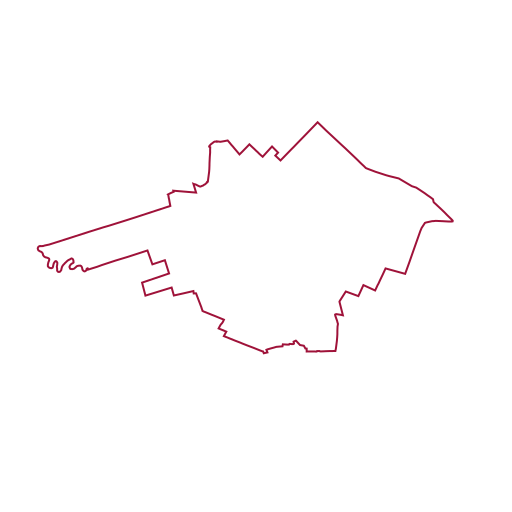 Agris, Satu Mare, Romania, rotated 243°
{"feature_id": "2599482B4791567573322", "entity_name": "Agris", "entity_type": "district", "adm_level": 2, "iso_a3": "ROU", "parent_name": "Romania", "parent_adm1": "Satu Mare", "projection": "mercator", "projection_center": [23.018, 47.884], "detail": "fine", "context": "isolated", "style": "outline", "palette": "rose", "viewbox_px": 512, "rotation_deg": 243, "n_neighbors": 0, "source": "geoboundaries", "source_scale": "gbopen_adm2", "svg_char_len": 5248}
<svg xmlns="http://www.w3.org/2000/svg" viewBox="0 0 512 512"><g transform="rotate(243 256 256)"><path d="M375.9,273.2L375.6,273.0L375.8,272.6L376.5,271.7L376.7,271.0L376.7,270.1L376.5,269.1L376.0,266.4L375.4,264.9L375.2,264.4L375.0,264.1L374.7,263.9L374.3,264.1L373.7,264.6L371.4,263.3L369.0,262.1L365.4,259.9L359.8,256.7L357.9,255.7L354.5,253.8L352.2,252.4L344.2,246.9L344.3,246.6L344.3,246.2L344.1,245.9L343.7,245.8L343.6,245.2L343.3,244.3L343.0,243.2L343.0,241.8L342.9,241.3L342.8,240.8L342.9,240.0L343.0,239.5L343.0,238.9L343.1,238.0L343.5,237.4L344.4,236.7L345.4,235.9L346.2,235.4L347.1,234.7L347.5,234.3L347.9,233.7L348.7,233.0L339.7,231.4L351.7,212.0L350.6,211.8L350.8,208.4L350.8,206.0L350.8,205.5L350.4,205.6L349.4,205.3L347.2,204.6L345.9,204.3L343.7,203.6L339.5,202.4L342.3,184.5L345.1,166.6L347.1,154.4L349.8,138.4L350.8,133.3L353.4,118.0L356.4,99.4L360.1,76.9L361.3,72.4L361.6,70.5L361.9,70.2L362.1,69.5L362.3,69.1L362.5,68.8L362.7,68.6L362.7,68.2L363.1,67.6L363.0,66.5L362.7,65.8L361.9,65.0L360.8,64.7L359.8,64.7L358.4,65.5L357.8,66.0L357.1,66.6L356.1,67.0L355.0,67.1L354.3,66.9L353.5,66.7L352.6,66.8L352.1,66.9L351.5,67.1L350.4,67.8L349.9,68.5L348.7,69.7L347.6,70.4L346.9,70.3L346.0,69.7L344.7,68.2L344.1,67.7L343.4,67.1L342.6,66.5L341.3,65.9L340.3,66.1L339.8,66.3L339.3,66.6L339.0,66.9L338.7,67.2L338.3,67.7L338.0,68.2L338.0,68.7L337.9,69.1L338.0,69.4L338.0,69.6L338.4,70.0L338.8,70.4L339.3,70.8L339.8,71.2L340.5,71.8L341.3,72.5L341.6,73.1L342.0,73.7L342.2,74.2L342.4,74.6L342.3,75.4L342.2,75.5L341.4,75.9L340.1,75.9L339.1,75.3L337.5,74.2L336.9,73.7L336.1,73.4L335.3,73.2L334.3,72.7L333.3,72.2L332.6,72.2L331.9,72.4L331.5,72.8L331.2,73.2L331.1,73.7L331.0,74.2L331.2,74.7L331.5,75.3L331.9,76.1L332.7,76.7L333.4,77.3L333.8,77.7L334.2,78.0L334.6,78.6L335.0,79.1L335.4,79.9L335.7,80.6L336.0,81.6L336.4,82.5L336.6,83.3L336.8,84.0L337.1,84.9L337.3,85.6L337.4,86.3L337.6,87.2L337.5,87.7L337.4,88.2L337.5,88.6L337.5,89.0L337.6,89.4L337.6,89.7L337.6,90.5L337.1,91.0L336.2,91.4L335.0,91.3L334.2,90.9L333.3,90.7L332.9,90.2L332.8,89.6L332.8,88.6L332.8,88.3L332.7,87.6L332.3,86.5L332.0,86.2L331.8,85.9L331.7,85.6L331.5,85.3L331.2,85.0L330.8,84.8L330.4,84.7L329.8,84.7L329.1,84.6L328.5,85.0L328.1,85.7L327.7,86.4L327.5,87.0L327.4,87.7L327.3,88.5L327.7,89.6L327.8,90.4L328.2,91.3L328.2,92.2L327.9,93.5L327.2,95.1L326.3,95.7L325.2,95.8L324.0,95.6L323.2,95.3L322.1,95.2L321.6,95.4L321.1,95.5L320.6,95.8L320.2,96.1L320.1,96.5L320.0,96.9L320.0,97.3L320.1,97.6L320.4,98.6L320.6,98.6L321.3,99.1L321.5,99.8L321.5,100.3L321.3,100.5L320.1,100.3L318.5,109.6L317.9,114.6L315.7,128.8L313.4,141.6L310.2,161.8L295.6,159.9L293.6,172.9L279.9,170.6L284.0,142.4L270.9,139.5L266.2,166.5L258.1,164.9L255.6,174.6L253.2,184.3L250.9,183.5L250.0,185.6L249.7,185.6L245.2,185.1L234.8,184.0L234.5,183.9L231.7,183.5L231.4,183.4L230.4,184.1L230.0,184.4L229.4,185.0L228.6,185.7L223.6,190.0L221.6,191.8L213.8,198.5L213.0,197.5L212.2,196.4L211.5,195.1L210.9,193.4L210.4,192.7L209.7,191.6L208.4,189.8L202.1,195.2L199.2,191.0L189.9,199.1L185.9,202.7L184.1,204.2L180.6,207.3L175.1,212.3L169.7,217.0L168.3,218.3L167.7,219.0L165.8,218.8L164.9,222.4L167.7,222.7L167.6,223.6L167.5,224.4L167.3,225.3L166.9,227.4L166.3,230.2L165.8,232.9L165.2,234.4L164.6,235.9L163.5,238.6L165.1,239.8L162.7,243.9L162.1,245.2L162.4,245.6L162.4,246.1L161.8,247.1L161.1,248.1L160.9,248.7L160.6,249.3L160.6,249.6L160.6,249.9L160.7,250.1L162.6,250.6L162.5,253.1L162.4,253.2L159.5,254.0L156.7,254.8L154.3,257.9L151.2,258.0L150.5,259.1L147.9,257.8L145.7,262.2L143.4,266.6L143.6,266.8L143.6,267.2L142.4,269.5L141.9,269.8L141.1,271.4L138.7,276.7L136.8,280.6L135.3,283.6L137.3,285.2L143.6,289.5L146.5,291.3L149.4,293.0L152.7,294.7L156.1,296.6L158.3,298.2L159.4,298.4L160.1,298.5L161.2,298.8L162.7,299.0L163.6,299.1L164.9,299.3L166.1,299.4L166.2,299.5L167.4,299.7L167.9,299.9L167.9,300.1L167.9,300.5L167.8,301.0L167.6,301.4L166.3,303.2L164.6,305.5L164.1,306.0L163.7,306.5L177.4,309.6L177.9,310.2L183.6,319.9L173.8,329.0L181.3,338.5L171.2,346.5L174.8,351.1L175.8,352.6L178.1,355.5L182.0,360.6L184.3,363.5L185.4,364.9L186.1,365.8L172.4,380.8L181.2,390.2L188.1,397.4L203.6,413.7L205.8,416.3L208.6,421.2L208.8,421.5L208.7,422.5L208.4,423.7L207.1,428.7L206.7,429.5L205.7,432.1L202.3,438.1L200.6,441.0L199.1,443.6L198.4,444.9L197.8,446.2L197.6,446.9L198.2,447.3L199.7,446.9L206.2,444.7L209.5,443.7L213.8,442.2L218.2,440.6L221.3,439.5L221.7,439.3L223.1,438.8L223.7,438.8L226.2,439.5L228.9,438.2L230.6,437.3L232.2,436.4L235.4,434.8L240.9,431.7L244.2,429.8L247.4,426.6L260.3,418.4L266.7,411.0L268.9,408.6L271.6,405.9L275.7,401.8L276.8,400.7L282.2,395.8L284.0,394.2L284.4,393.9L284.5,393.8L285.7,393.4L287.0,393.0L289.7,392.0L292.3,391.1L295.4,390.1L301.1,388.1L307.6,385.8L311.3,384.5L316.1,382.7L336.1,375.4L337.3,375.0L347.2,371.6L342.4,357.7L337.6,343.6L336.1,339.3L335.1,336.2L330.0,321.2L336.7,318.8L338.1,322.6L346.3,320.0L343.2,311.7L341.4,307.0L342.4,306.6L344.1,305.9L345.7,305.3L347.9,304.6L349.4,304.0L352.1,303.1L354.8,302.1L356.5,301.5L358.5,300.8L357.3,297.4L356.2,294.1L355.3,291.5L354.5,289.0L354.0,287.4L355.8,287.0L358.8,286.3L361.7,285.6L364.0,285.1L366.2,284.5L369.0,283.9L371.8,283.2L372.8,279.7L373.9,276.2L374.8,274.8L375.1,274.4L375.9,273.2Z" fill="none" stroke="#9f1239" stroke-width="2"/></g></svg>